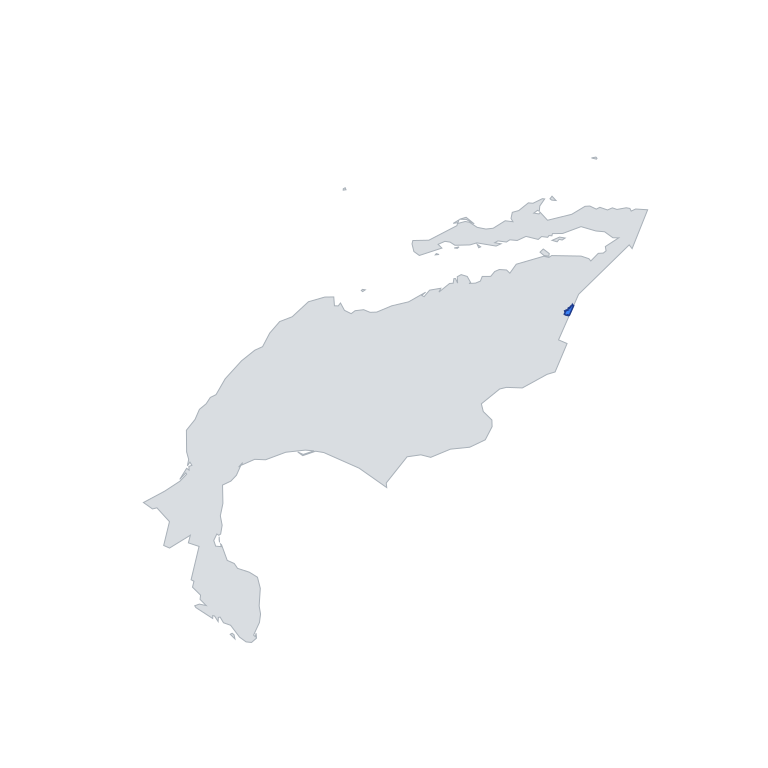 Naco, Sonora, Mexico (highlighted), rotated 114°
{"feature_id": "50627088B11700552359479", "entity_name": "Naco", "entity_type": "district", "adm_level": 2, "iso_a3": "MEX", "parent_name": "Mexico", "parent_adm1": "Sonora", "projection": "orthographic", "projection_center": [-110.037, 31.187], "detail": "fine", "context": "in_parent", "style": "filled", "palette": "blue", "viewbox_px": 768, "rotation_deg": 114, "n_neighbors": 0, "source": "geoboundaries", "source_scale": "gbopen_adm2", "svg_char_len": 4777}
<svg xmlns="http://www.w3.org/2000/svg" viewBox="0 0 768 768"><g transform="rotate(114 384 384)"><path d="M117.6,214.0L159.4,212.4L157.2,216.6L222.9,242.7L272.7,242.5L272.6,233.2L303.4,232.6L308.9,239.0L331.3,256.0L337.3,270.8L341.5,276.3L362.5,287.0L368.8,282.1L373.0,270.8L379.0,267.9L393.8,268.8L406.9,280.0L416.5,296.8L432.0,311.5L433.7,321.5L441.1,333.3L473.5,341.7L477.5,339.4L471.0,372.5L471.1,411.1L473.2,419.1L482.5,429.1L481.2,435.2L481.2,429.2L473.5,420.7L476.4,429.0L486.3,446.0L501.4,461.4L505.4,471.5L516.0,481.1L513.3,481.2L519.0,483.0L517.1,481.7L527.4,481.7L535.0,484.4L542.0,490.4L558.6,482.6L571.0,479.9L578.9,474.4L587.5,472.2L589.4,473.4L589.0,475.7L596.2,475.9L600.6,471.8L598.8,466.5L596.6,468.2L597.0,467.0L608.9,455.5L608.9,447.8L612.0,442.8L610.7,430.5L612.0,421.0L621.0,413.9L637.5,407.8L644.4,403.2L652.5,400.8L666.4,401.0L667.2,398.8L663.7,399.5L668.0,397.1L674.0,399.9L675.7,405.1L674.0,413.0L666.8,426.0L667.4,433.5L663.6,438.9L664.6,440.4L668.5,438.9L664.9,444.4L665.2,446.3L667.9,445.1L664.8,464.8L663.6,466.7L660.2,463.2L658.7,456.3L655.6,464.4L651.5,465.7L647.5,476.3L641.5,477.4L641.3,480.6L607.6,486.9L608.7,498.1L600.9,499.4L621.1,513.2L621.1,519.6L597.0,524.0L589.5,541.1L592.3,544.7L590.1,555.6L571.0,540.7L555.8,530.9L546.7,527.6L545.8,528.9L554.2,531.8L541.3,530.0L542.0,527.0L538.7,528.7L536.4,526.4L534.3,529.5L538.7,530.3L532.3,531.8L526.3,536.7L506.6,545.7L493.3,542.2L482.2,542.3L474.4,538.4L466.9,537.2L462.0,533.1L443.8,531.2L420.8,523.6L405.7,515.8L399.3,510.1L384.0,509.1L369.4,504.7L359.9,495.2L339.6,486.5L328.7,473.5L324.9,465.3L332.7,461.1L331.3,457.6L327.7,456.7L332.8,450.1L333.1,442.6L328.8,440.2L324.4,432.8L324.2,425.9L321.3,419.9L309.4,408.7L299.0,395.0L283.2,383.3L287.7,385.5L287.9,382.9L279.7,380.5L273.4,371.0L277.7,371.2L265.5,365.0L263.8,361.8L259.3,363.0L258.6,361.6L261.9,357.8L256.2,360.7L252.7,358.0L251.9,351.7L256.1,346.1L257.6,347.2L254.6,341.4L250.8,337.8L245.8,338.0L242.3,330.3L236.2,328.6L232.5,325.2L230.0,318.4L231.6,314.1L220.8,311.9L202.3,290.0L201.3,284.8L198.5,283.1L187.0,256.0L186.2,247.8L187.5,245.1L177.5,241.4L175.2,236.9L172.0,235.3L168.4,237.7L155.0,229.0L157.3,234.4L155.2,244.4L158.0,252.6L160.1,268.0L173.8,282.0L178.1,291.3L180.3,290.9L181.3,293.7L183.4,294.1L185.2,300.0L189.2,301.9L191.4,314.3L198.7,320.7L201.1,327.7L204.5,329.9L207.0,338.2L209.9,340.3L208.3,334.1L212.4,337.7L217.3,356.6L222.0,362.1L228.4,375.6L227.5,381.3L228.9,386.4L234.4,391.4L236.3,386.4L252.2,404.0L250.8,410.6L244.6,415.4L241.2,416.0L234.4,401.5L209.7,381.8L207.5,382.1L202.5,375.9L201.5,371.7L203.0,362.6L201.0,353.9L197.3,347.6L185.6,339.7L183.3,332.2L181.1,335.3L175.0,336.6L170.7,331.4L159.8,325.8L158.3,321.4L150.3,314.7L149.6,312.5L158.0,314.1L163.0,312.4L162.9,314.4L167.0,316.7L165.6,311.6L163.6,311.2L167.9,301.2L152.6,281.5L139.9,272.6L137.7,268.3L137.9,261.2L134.8,258.7L134.1,250.6L130.2,247.0L129.8,242.2L124.5,234.4L123.6,230.8L125.5,228.5L121.8,225.3L117.6,214.0ZM201.5,290.2L200.1,295.1L195.9,293.4L197.6,286.1L200.2,285.4L201.5,290.2ZM184.4,288.9L178.4,283.4L177.0,277.9L180.0,279.8L180.6,282.8L183.7,283.7L184.4,288.9ZM675.2,422.7L673.5,421.4L674.0,419.1L677.5,416.5L675.2,422.7ZM202.7,381.9L198.3,376.8L201.0,366.7L200.2,375.8L202.7,381.9ZM147.3,307.7L144.1,306.9L146.4,301.5L147.8,305.6L147.3,307.7ZM93.1,286.4L90.5,282.7L91.2,281.2L92.2,281.4L93.1,286.4ZM206.5,382.1L209.1,386.1L203.5,382.2L206.5,382.1ZM308.3,441.1L307.8,442.8L306.3,442.1L305.6,439.4L308.3,441.1ZM230.2,372.1L231.2,375.2L228.2,371.2L230.2,372.1ZM219.4,351.5L221.0,352.9L218.5,355.7L219.4,351.5ZM223.5,500.1L222.3,500.6L220.5,499.3L222.0,497.7L223.5,500.1ZM593.4,471.2L590.5,472.5L595.5,469.9L593.4,471.2ZM245.2,389.7L243.6,389.3L243.3,386.4L245.2,389.7Z" fill="#d9dde1" stroke="#a8b0b8" stroke-width="1"/><path d="M245.7,242.6L244.7,242.6L243.6,242.6L242.9,242.6L242.6,242.6L242.3,242.6L242.2,242.6L241.4,242.6L239.5,242.6L238.9,242.6L238.6,242.6L235.3,242.6L235.2,242.8L235.3,243.0L235.4,243.3L235.6,243.6L235.4,243.8L234.9,244.0L235.0,244.2L234.9,244.3L235.2,244.3L235.4,244.3L236.0,244.3L236.0,244.2L236.2,244.3L236.3,244.4L236.6,244.7L236.8,245.0L237.0,245.0L237.3,245.0L237.6,244.9L237.5,245.1L237.4,245.2L237.8,245.3L237.9,245.2L238.1,245.4L238.3,245.4L238.6,245.4L238.7,245.5L238.9,245.4L239.1,245.4L239.3,245.4L239.5,245.3L239.5,246.5L240.0,246.5L240.2,246.4L240.3,246.4L240.5,246.4L241.2,246.3L241.6,246.3L241.8,246.3L241.8,246.2L241.9,246.3L242.0,246.4L242.2,247.1L242.2,247.5L242.4,247.4L242.7,247.3L242.9,247.3L243.0,247.4L243.1,247.5L243.3,247.9L243.7,248.7L244.1,248.4L244.1,247.7L245.5,247.7L245.9,247.7L246.0,247.7L246.8,247.7L246.7,246.9L247.1,246.6L247.1,246.2L246.8,244.7L246.7,244.3L246.6,243.8L246.1,244.2L245.9,243.2L245.7,242.6Z" fill="#3b82f6" stroke="#1e3a8a" stroke-width="1.5"/></g></svg>